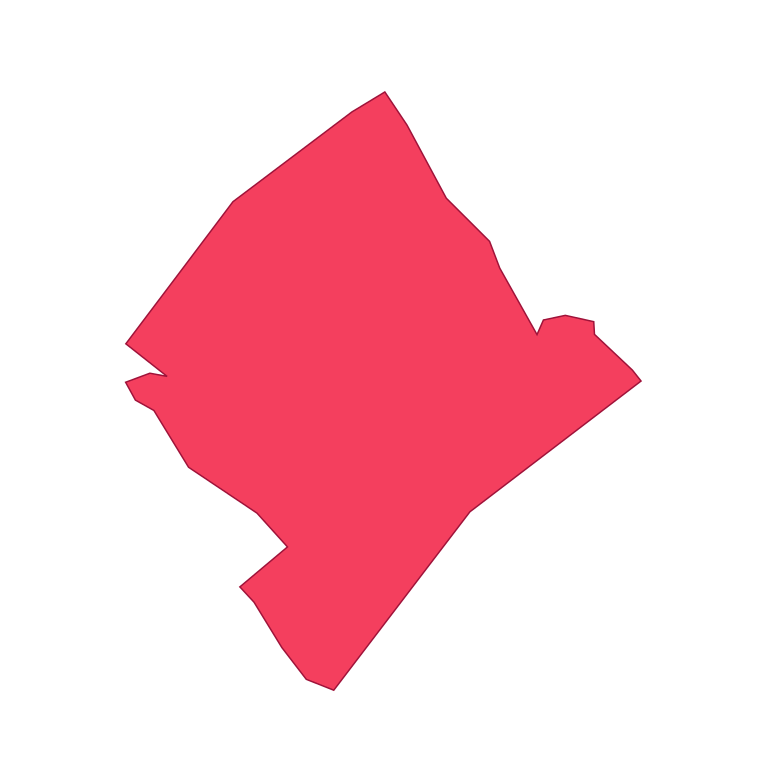 Smyth, Virginia, United States of America, rotated 254°
{"feature_id": "52423323B4089345148618", "entity_name": "Smyth", "entity_type": "district", "adm_level": 2, "iso_a3": "USA", "parent_name": "United States of America", "parent_adm1": "Virginia", "projection": "equal_earth", "projection_center": [-81.553, 36.826], "detail": "fine", "context": "isolated", "style": "filled", "palette": "rose", "viewbox_px": 768, "rotation_deg": 254, "n_neighbors": 0, "source": "geoboundaries", "source_scale": "gbopen_adm2", "svg_char_len": 555}
<svg xmlns="http://www.w3.org/2000/svg" viewBox="0 0 768 768"><g transform="rotate(254 384 384)"><path d="M103.5,251.3L197.6,377.7L237.5,431.4L316.0,631.9L328.9,626.6L373.7,600.0L386.1,602.8L400.0,577.2L401.6,554.9L389.3,544.7L463.5,527.2L492.0,524.8L545.4,495.1L626.5,477.5L664.5,465.3L654.4,428.2L600.9,289.1L549.7,221.2L493.8,146.9L451.1,177.6L458.9,161.9L456.9,136.1L437.0,140.6L422.0,155.5L357.8,173.2L294.9,226.3L254.0,246.3L228.7,189.5L210.1,198.9L158.7,213.2L121.5,227.9L103.5,251.3Z" fill="#f43f5e" stroke="#9f1239" stroke-width="1.5"/></g></svg>